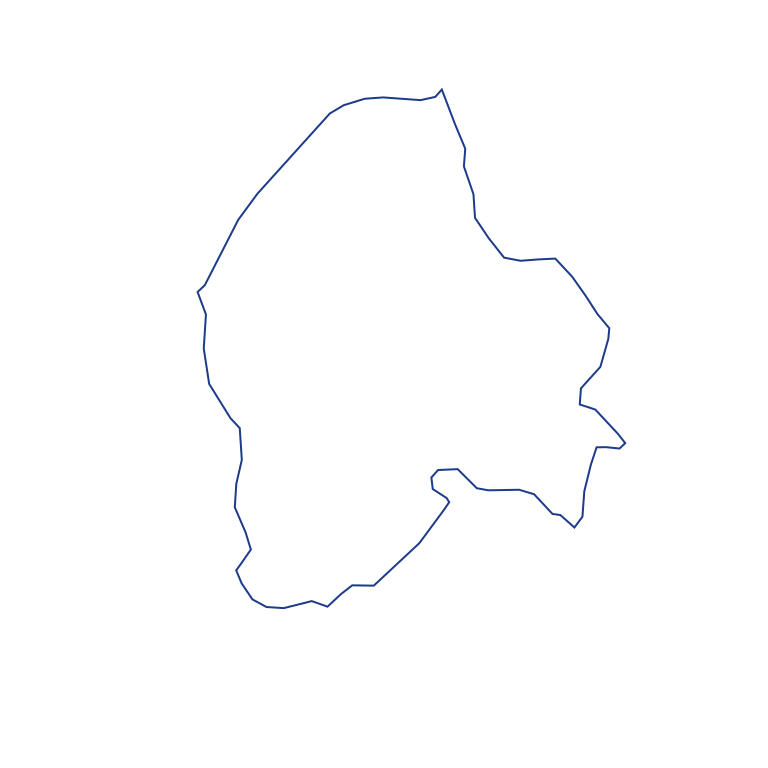 SVG path tracing the border of Mavrovo and Rostusa, rotated 47°
{"feature_id": "MKD-2955", "entity_name": "Mavrovo and Rostusa", "entity_type": "Statistical Region", "adm_level": 1, "iso_a3": "MKD", "parent_name": "North Macedonia", "parent_adm1": "", "projection": "natural_earth1", "projection_center": [20.731, 41.637], "detail": "fine", "context": "isolated", "style": "outline", "palette": "blue", "viewbox_px": 768, "rotation_deg": 47, "n_neighbors": 0, "source": "natural_earth", "source_scale": "10m", "svg_char_len": 1113}
<svg xmlns="http://www.w3.org/2000/svg" viewBox="0 0 768 768"><g transform="rotate(47 384 384)"><path d="M189.6,457.6L189.5,447.6L164.5,378.6L158.5,346.8L149.2,239.1L152.6,223.4L162.2,203.6L173.8,189.2L201.3,163.7L209.0,150.7L208.1,140.9L243.0,155.1L267.3,164.1L279.4,177.2L306.3,189.2L324.5,204.1L348.9,208.0L373.5,210.0L387.0,200.1L398.1,186.2L409.1,173.2L433.7,173.2L455.8,176.2L478.6,180.2L496.9,181.2L504.0,189.2L519.0,214.0L521.5,242.9L532.5,254.8L546.8,246.9L560.9,246.9L579.9,246.9L591.8,247.9L591.8,255.8L581.5,264.8L575.3,271.7L584.0,287.6L599.0,310.6L616.4,329.4L618.8,342.6L600.1,344.4L593.9,349.4L578.0,349.4L567.0,349.4L553.5,357.3L532.9,380.2L523.5,387.2L496.5,388.2L483.8,403.1L484.7,413.1L494.1,420.0L510.0,416.0L514.9,416.9L517.0,426.3L524.5,466.7L524.5,494.7L524.5,510.3L524.5,529.0L509.6,544.5L508.3,558.5L508.3,577.2L493.5,584.9L479.6,610.1L466.9,622.1L451.8,627.1L432.8,624.1L419.5,619.2L418.0,611.4L414.3,594.3L398.3,586.5L372.4,577.2L356.2,560.0L342.6,539.8L317.9,519.6L304.3,519.6L264.7,511.8L235.1,491.6L211.7,466.8L189.6,457.6Z" fill="none" stroke="#1e3a8a" stroke-width="2"/></g></svg>